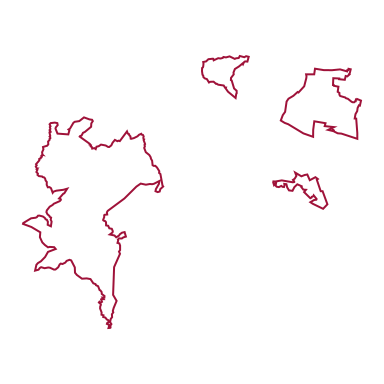 the district of Zimatlán de Álvarez, Oaxaca, Mexico
{"feature_id": "50627088B8941621819676", "entity_name": "Zimatlán de Álvarez", "entity_type": "district", "adm_level": 2, "iso_a3": "MEX", "parent_name": "Mexico", "parent_adm1": "Oaxaca", "projection": "mercator", "projection_center": [-97.013, 16.759], "detail": "fine", "context": "isolated", "style": "outline", "palette": "rose", "viewbox_px": 384, "rotation_deg": 0, "n_neighbors": 0, "source": "geoboundaries", "source_scale": "gbopen_adm2", "svg_char_len": 5861}
<svg xmlns="http://www.w3.org/2000/svg" viewBox="0 0 384 384"><path d="M50.7,123.1L49.6,124.3L50.5,126.3L49.8,127.1L50.4,128.9L49.6,130.0L50.1,130.6L49.8,131.1L50.6,131.9L49.5,132.7L50.2,135.7L49.6,136.6L50.2,137.1L50.3,138.3L49.6,138.8L49.5,140.0L48.1,141.5L48.3,144.3L47.2,145.7L43.0,147.0L43.4,149.4L42.1,152.2L42.4,154.5L42.8,154.9L42.3,154.8L41.4,155.7L41.9,156.6L41.5,157.3L40.7,157.5L40.6,158.4L39.2,159.0L39.3,160.4L36.0,164.2L36.7,165.3L35.8,166.5L36.9,168.5L37.4,168.5L36.7,169.3L37.4,169.8L36.4,172.0L37.9,173.6L37.5,174.9L38.9,176.1L42.2,176.5L42.7,177.1L44.1,177.4L45.1,178.5L45.6,180.5L46.8,182.0L46.7,184.8L47.8,187.3L49.5,187.1L51.0,188.2L52.7,192.8L53.6,191.6L56.3,190.7L63.3,189.8L67.2,188.7L64.3,193.3L63.3,193.7L59.1,198.5L60.5,198.9L60.9,199.8L59.8,201.1L53.7,203.8L52.7,204.9L49.7,206.7L46.8,210.4L46.4,212.1L47.5,214.3L49.4,215.9L49.7,216.8L51.1,217.6L50.7,219.6L51.6,221.6L50.9,226.3L47.7,224.8L47.9,221.8L46.8,219.7L45.6,219.3L44.8,217.9L42.9,216.5L39.4,215.6L38.0,215.7L36.9,217.1L35.7,217.7L31.1,218.3L23.2,223.1L23.0,223.9L31.4,227.0L40.3,232.3L39.9,237.2L42.3,242.4L44.9,245.0L48.0,247.3L49.7,246.9L54.2,247.2L55.7,249.0L48.0,251.9L45.1,257.0L40.9,261.3L37.9,263.1L36.4,264.8L35.1,270.6L38.5,269.7L39.8,268.0L41.1,267.2L44.6,268.2L48.2,267.5L49.9,267.7L54.0,269.6L55.5,269.5L58.2,267.3L59.7,264.4L60.7,263.6L62.5,264.0L65.3,262.6L66.6,260.9L69.5,259.8L71.2,260.4L74.8,267.4L75.0,272.7L76.9,275.0L82.0,278.7L86.7,278.4L90.5,279.1L93.3,283.3L95.5,284.1L96.0,285.2L98.1,286.2L99.6,290.1L100.4,290.4L101.6,292.0L101.8,294.0L104.5,296.0L104.4,297.5L102.5,297.5L103.6,299.1L101.3,299.1L101.1,299.4L102.0,301.8L100.4,302.8L99.4,301.8L98.9,302.5L100.6,304.0L100.9,304.8L100.2,306.5L100.1,308.5L101.6,312.4L101.5,314.7L103.5,315.3L103.2,317.0L105.4,317.6L106.7,319.4L108.3,320.2L108.7,322.1L107.2,323.0L106.9,323.9L109.0,324.8L109.1,325.9L108.5,328.0L110.1,327.9L110.5,327.6L110.4,325.6L111.4,324.1L110.3,322.5L110.2,321.4L110.8,318.8L112.1,317.2L111.9,314.3L113.3,312.3L112.8,311.0L113.7,307.9L116.6,300.9L113.1,294.9L114.1,267.1L120.0,253.8L119.0,251.6L120.1,250.1L120.1,245.5L119.3,243.4L117.5,242.9L118.2,240.4L117.9,239.6L119.0,238.4L121.8,238.5L123.3,237.4L125.9,236.6L124.6,232.1L122.0,232.7L119.8,234.3L119.0,235.6L116.2,237.3L114.5,235.5L109.8,234.5L112.5,232.5L112.8,231.2L111.8,228.8L109.3,228.3L108.2,225.8L106.1,225.4L106.0,222.2L105.3,221.2L103.6,220.6L103.1,220.0L104.2,217.1L104.2,215.2L104.6,214.8L107.2,214.5L106.9,212.3L107.7,210.9L124.4,198.5L136.4,186.6L140.7,183.6L145.9,184.7L149.9,184.0L152.1,184.2L153.9,183.8L159.4,181.0L158.9,183.9L155.9,189.1L155.5,191.2L157.7,192.1L159.7,191.5L160.3,189.1L163.2,186.5L162.5,185.5L160.4,174.0L159.1,172.9L159.3,171.2L157.0,167.5L155.3,165.8L153.8,165.9L152.6,165.2L152.1,160.7L150.9,158.6L150.7,157.3L149.3,155.0L145.8,152.2L144.2,147.9L144.9,146.3L144.5,144.9L145.1,144.1L143.7,140.3L144.1,139.4L143.6,139.2L143.3,137.8L143.7,136.4L142.9,134.9L141.6,134.6L141.2,133.8L139.0,134.8L137.5,136.3L133.9,138.1L131.2,138.8L130.7,138.7L130.4,136.3L129.3,135.3L129.1,134.2L127.8,133.6L127.0,131.4L119.8,141.1L118.5,140.7L117.4,141.2L114.9,139.9L112.6,142.7L111.3,145.4L109.2,147.0L108.0,146.9L105.7,145.5L101.0,144.6L98.7,146.2L96.5,146.7L95.7,149.1L94.3,148.1L92.2,148.6L91.9,147.1L90.7,146.4L91.0,145.3L89.7,144.7L90.0,144.2L89.7,143.8L79.7,136.6L80.0,136.1L81.6,135.5L83.0,132.8L84.8,132.0L91.1,126.8L91.3,123.4L92.8,121.1L92.1,119.8L89.5,119.4L84.0,117.4L79.3,121.1L74.7,121.8L73.4,122.8L70.0,128.6L68.5,129.5L69.4,130.3L68.3,134.4L57.5,133.6L55.5,128.6L55.8,127.4L57.7,125.1L57.3,123.1L54.8,122.6L50.7,123.1ZM288.2,124.2L303.4,133.4L313.1,136.8L313.2,129.9L314.3,121.3L325.5,123.2L324.7,126.1L334.0,127.1L328.1,129.9L332.8,131.0L332.8,129.9L333.2,129.9L333.8,130.3L334.3,131.6L337.7,133.3L341.4,133.6L357.3,138.8L357.3,133.0L356.2,118.6L354.7,118.5L355.5,114.1L357.2,111.1L357.6,108.0L358.9,105.3L359.9,105.6L361.0,100.6L357.1,99.0L356.8,99.5L355.9,99.4L355.7,101.2L355.1,101.2L354.4,102.2L352.9,102.3L351.6,101.8L347.9,98.8L345.9,98.2L345.3,97.5L340.2,96.0L339.4,94.7L339.4,92.9L337.7,91.8L338.4,86.7L334.0,85.8L334.0,85.3L333.0,85.1L333.3,78.2L339.2,78.5L339.1,79.2L344.8,79.8L345.7,76.0L347.3,76.4L349.2,74.7L347.9,74.2L349.2,74.6L349.5,74.2L350.7,69.3L348.5,68.8L348.2,70.1L347.3,70.1L347.1,71.4L340.1,69.4L332.0,70.2L323.7,70.1L315.0,68.7L314.2,74.3L306.1,74.3L306.5,76.3L306.3,78.1L304.2,86.3L298.5,92.5L297.6,92.0L293.4,95.8L288.5,98.7L286.6,101.5L285.1,111.9L282.8,115.1L280.8,120.5L284.7,122.9L288.2,124.2ZM202.5,74.8L203.2,75.5L203.4,77.1L204.8,78.4L206.9,79.1L209.0,82.5L210.1,81.8L213.6,81.7L216.1,83.9L216.7,83.7L218.2,84.7L223.7,85.5L225.0,87.6L225.9,87.6L225.6,88.3L228.0,91.7L235.6,98.0L236.2,94.0L236.7,93.2L236.6,90.7L234.1,88.5L231.7,80.5L230.9,80.1L231.0,77.9L233.7,74.4L233.5,72.5L234.9,69.0L238.9,66.5L242.5,63.5L243.0,64.3L243.9,62.3L245.1,61.4L247.4,61.6L248.7,56.8L246.1,56.2L244.3,57.2L239.8,56.0L238.7,58.0L236.0,58.3L234.8,58.9L229.6,56.4L226.0,57.4L223.4,57.0L222.8,57.9L220.6,58.5L218.2,58.2L213.7,60.3L213.3,58.8L212.9,58.7L208.4,59.2L206.1,61.4L203.2,62.0L203.5,63.7L203.2,66.5L202.9,67.4L202.1,68.0L202.0,71.1L202.5,74.8ZM307.3,174.5L304.7,175.0L301.4,176.3L295.2,172.6L296.4,175.9L294.7,178.7L293.0,179.9L294.2,181.4L294.2,182.0L292.9,182.3L281.8,180.4L275.4,181.5L273.4,181.4L273.2,182.4L274.0,185.0L275.7,182.9L276.1,183.0L275.6,185.6L276.6,186.7L278.9,187.1L281.3,185.9L282.5,186.8L284.0,187.0L284.5,185.2L284.3,183.9L286.4,184.2L287.2,187.4L289.0,190.4L292.5,190.8L294.4,187.1L297.3,184.3L301.1,186.0L301.7,186.3L301.3,187.0L303.3,189.6L305.9,189.8L304.1,192.1L310.3,198.2L311.5,197.6L311.8,196.8L313.4,196.2L313.7,195.4L316.6,199.0L316.3,199.7L314.1,200.0L310.4,202.2L312.8,203.8L323.1,208.8L327.4,204.3L322.6,191.2L320.7,191.2L316.8,179.7L317.8,179.0L315.4,177.2L309.8,180.2L307.3,174.5Z" fill="none" stroke="#9f1239" stroke-width="2"/></svg>